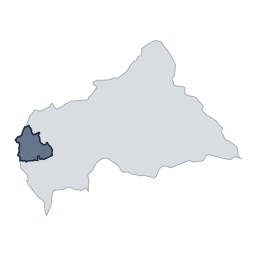 Central African Republic, with Nana-Mambéré highlighted
{"feature_id": "CAF-804", "entity_name": "Nana-Mambéré", "entity_type": "Prefecture", "adm_level": 1, "iso_a3": "CAF", "parent_name": "Central African Republic", "parent_adm1": "", "projection": "natural_earth1", "projection_center": [15.312, 5.849], "detail": "fine", "context": "in_parent", "style": "filled", "palette": "slate", "viewbox_px": 256, "rotation_deg": 0, "n_neighbors": 0, "source": "natural_earth", "source_scale": "10m", "svg_char_len": 6238}
<svg xmlns="http://www.w3.org/2000/svg" viewBox="0 0 256 256"><path d="M182.2,86.7L184.8,87.5L185.2,88.4L184.5,91.4L185.0,93.2L186.5,94.8L187.9,95.4L189.3,95.8L194.2,96.8L196.2,97.9L198.9,101.3L202.2,104.5L203.1,106.1L202.9,107.7L201.9,109.5L202.1,110.3L203.6,112.1L205.4,114.0L208.6,116.1L214.2,119.4L216.8,121.6L217.7,123.2L219.1,125.1L221.1,126.7L222.5,128.0L221.6,131.6L221.8,132.8L222.3,133.8L223.5,135.2L224.0,137.1L225.2,139.3L226.5,140.4L228.8,140.8L230.1,141.8L232.6,143.6L235.0,145.2L236.1,146.3L236.7,147.2L237.3,148.4L237.6,149.5L237.7,151.9L238.1,155.0L239.4,157.1L240.6,158.6L235.6,156.8L234.9,156.8L234.0,157.1L231.4,159.3L230.6,159.5L227.3,159.1L219.3,157.4L213.2,155.7L211.4,155.1L208.1,154.5L206.0,155.7L203.9,159.5L203.4,160.3L200.2,161.4L198.7,161.1L195.0,162.2L189.3,160.6L187.3,160.9L185.7,161.7L181.6,163.5L179.1,164.5L176.2,165.4L173.5,166.8L171.7,167.5L169.9,167.5L168.2,166.7L166.5,166.1L164.3,165.9L162.1,166.3L160.2,167.9L159.5,169.0L157.8,171.9L155.9,176.7L155.2,177.6L154.5,178.1L145.6,175.7L141.7,175.2L139.2,175.9L135.9,174.6L134.5,174.4L133.8,174.8L132.0,174.2L129.1,172.6L126.3,171.9L123.7,172.1L122.2,171.6L120.9,170.0L119.3,167.1L116.4,164.2L112.5,161.9L110.1,160.2L109.2,159.0L107.1,158.4L103.9,158.2L100.8,159.4L96.4,163.0L92.3,170.3L90.0,173.2L88.2,173.9L87.7,175.7L88.6,178.5L88.9,181.8L88.2,187.3L88.5,191.3L87.5,190.7L86.6,188.8L86.1,188.4L83.4,189.2L82.0,190.0L81.3,190.8L80.7,190.9L79.8,189.8L79.2,189.7L78.1,189.8L77.0,189.8L76.3,189.7L75.8,189.8L74.6,189.2L69.9,187.6L69.1,187.1L68.2,187.2L65.8,188.5L64.5,188.9L60.6,189.7L56.5,190.1L54.9,190.2L53.9,190.8L53.2,191.6L51.9,196.7L51.5,197.6L51.6,198.9L51.2,203.0L51.4,204.3L46.5,215.5L45.6,213.6L45.1,211.4L44.9,208.9L45.0,208.3L44.7,207.5L44.3,205.4L44.7,204.1L44.4,202.7L43.4,201.4L42.5,200.3L42.0,199.4L41.6,199.0L40.7,198.8L39.4,198.3L33.9,191.7L28.2,184.3L27.0,181.9L26.6,180.5L28.0,180.4L28.3,180.1L28.3,179.5L27.5,177.6L27.1,175.1L26.3,173.7L24.1,171.4L22.0,169.7L21.3,168.8L20.9,167.5L20.1,159.5L19.7,157.2L19.1,156.2L18.6,155.7L18.4,155.2L18.5,153.7L18.8,152.5L18.8,152.0L19.3,150.9L19.3,143.4L18.6,142.4L17.4,142.4L16.7,141.3L16.1,140.0L16.3,139.0L17.5,137.5L18.3,136.9L20.8,135.7L21.5,135.1L21.9,134.4L22.2,133.4L23.6,129.6L25.7,125.8L26.6,125.0L28.7,119.4L29.2,118.0L29.5,116.5L30.2,115.4L32.5,113.5L34.3,110.2L36.2,110.3L38.1,110.9L40.6,111.1L42.5,110.5L43.8,109.2L49.8,107.0L50.2,105.2L51.2,104.2L52.3,103.4L52.7,103.3L52.8,103.9L53.4,105.8L54.8,107.6L56.8,109.6L57.4,109.5L58.6,108.0L61.8,107.0L62.6,106.6L64.8,104.4L67.5,102.9L69.0,102.4L71.7,100.9L73.7,101.1L76.8,100.9L81.9,100.2L85.7,100.0L87.5,99.7L88.0,99.4L88.7,97.2L89.3,96.6L90.7,95.7L93.4,92.5L95.2,89.8L95.8,88.8L96.2,88.6L96.9,87.4L96.2,86.3L93.1,83.8L93.1,83.5L92.9,83.1L93.1,82.8L94.3,81.8L95.9,80.6L97.5,80.2L101.9,80.3L105.7,80.1L106.6,80.1L109.5,79.6L111.5,79.0L113.5,77.9L118.2,78.0L122.1,75.0L123.2,74.5L123.7,74.0L123.8,73.6L125.6,72.4L127.6,70.0L129.2,67.8L129.7,66.2L134.0,61.0L135.6,61.1L136.3,60.4L138.0,56.9L138.6,56.3L140.4,55.7L141.2,54.7L142.0,53.1L141.9,51.2L141.6,49.7L141.6,48.9L142.0,48.3L142.7,47.6L146.0,45.7L146.9,44.8L147.4,44.0L148.3,43.8L149.3,43.9L150.0,43.4L150.7,42.5L153.0,41.4L155.1,40.5L157.4,40.9L161.4,42.0L162.7,44.5L163.3,45.4L168.3,51.3L169.3,52.7L171.8,57.0L173.4,59.9L175.1,64.0L175.3,66.3L175.1,68.2L174.8,73.7L174.3,75.3L172.2,78.2L172.1,79.6L172.5,80.7L173.2,81.1L173.6,81.7L173.4,84.2L174.2,85.2L175.8,85.9L180.0,86.4L182.2,86.7Z" fill="#d9dde1" stroke="#a8b0b8" stroke-width="1"/><path d="M18.6,136.9L21.1,135.6L21.4,135.3L22.0,134.3L22.2,134.0L22.2,133.8L22.2,133.5L22.2,133.1L22.2,132.8L22.6,132.2L24.6,127.0L24.9,127.0L25.3,127.0L25.8,127.0L26.0,127.0L26.1,126.9L27.4,126.2L29.0,125.6L29.2,125.9L29.2,126.2L29.2,126.7L29.2,126.8L29.4,127.0L30.4,128.0L30.9,128.6L31.2,129.1L31.3,129.5L31.4,129.8L31.5,130.7L31.5,131.2L31.5,131.5L31.6,131.9L31.7,132.2L31.7,132.3L31.8,132.4L32.0,132.6L32.0,132.8L32.0,133.1L32.5,133.8L32.9,134.4L33.3,134.7L33.6,134.6L33.9,134.3L34.3,134.2L34.8,134.4L35.0,134.4L35.3,134.5L35.5,134.2L35.8,134.0L36.9,133.3L38.1,133.0L38.3,132.8L38.6,132.6L38.8,132.4L39.1,132.4L39.4,132.6L39.5,133.0L39.5,133.4L39.3,133.7L38.4,134.7L38.2,135.0L38.2,135.4L38.5,135.8L39.0,136.6L39.4,137.1L39.6,137.7L39.7,138.1L39.7,139.9L39.8,140.3L40.0,140.7L40.0,140.9L40.0,141.7L40.1,142.0L41.0,143.0L41.5,143.3L42.0,143.5L42.4,143.9L43.0,144.5L43.3,144.8L43.7,144.8L44.0,144.8L44.4,144.9L44.7,144.9L45.1,144.8L45.4,144.6L45.7,144.4L46.0,144.1L46.2,143.8L46.5,142.8L46.6,142.6L46.8,142.5L47.1,142.5L47.4,142.6L47.6,142.8L47.7,143.2L47.8,143.6L47.9,143.9L48.2,144.4L48.7,145.1L50.0,146.1L50.8,146.9L51.1,147.3L51.5,148.2L51.8,148.8L52.2,149.4L52.2,150.4L51.9,152.5L51.9,153.0L51.9,153.4L52.1,154.0L52.4,155.3L44.3,159.1L43.7,159.3L43.3,159.4L42.9,159.4L42.7,159.2L42.3,158.7L42.2,158.6L41.9,158.6L41.4,158.9L40.4,159.3L40.1,159.2L39.9,159.1L39.6,158.5L39.5,158.4L39.5,158.2L39.5,157.9L39.6,157.7L39.5,157.4L39.3,156.9L39.2,156.7L39.3,156.2L39.2,156.1L38.4,156.1L38.2,156.1L38.1,156.3L38.1,156.6L37.6,157.3L37.5,157.6L37.6,157.8L37.7,158.2L37.9,160.4L36.5,160.4L36.4,160.4L36.2,160.3L35.6,160.3L34.9,159.9L34.7,159.8L34.6,159.7L34.5,159.8L34.3,159.8L33.2,160.7L33.1,160.8L32.5,160.8L32.3,160.8L31.9,160.5L31.7,160.5L31.4,160.6L31.2,160.7L28.4,160.8L27.9,160.8L27.4,161.0L26.7,161.7L26.4,161.9L26.2,161.9L25.9,161.6L25.2,160.8L25.0,160.7L24.8,160.6L24.6,160.7L24.0,160.9L23.6,160.9L23.3,160.9L21.7,160.6L20.3,160.5L20.1,160.6L20.2,159.7L20.1,159.0L20.1,157.9L20.1,157.5L19.9,157.0L19.7,156.6L19.5,156.3L19.1,156.1L18.4,155.8L18.0,155.5L17.7,155.2L17.8,154.9L18.0,154.7L18.1,154.4L18.2,154.0L18.3,153.7L18.5,153.4L18.7,153.0L18.7,152.9L18.9,152.8L19.0,152.5L19.0,152.0L19.0,151.6L19.3,151.1L19.3,150.9L19.4,150.3L19.3,150.0L19.2,149.7L19.0,149.2L18.9,148.9L18.9,148.6L18.9,148.3L19.2,147.4L19.5,146.3L19.6,146.0L19.5,145.6L19.3,143.4L19.1,143.1L19.0,142.7L18.8,142.3L18.6,142.3L18.1,142.6L17.8,142.6L17.3,142.5L17.0,142.5L16.7,142.3L16.6,142.0L16.5,141.7L16.4,141.3L16.1,141.0L15.9,140.8L15.7,140.5L15.5,140.3L15.4,140.1L15.4,139.8L15.5,139.7L15.8,139.8L16.0,139.7L16.1,139.4L16.1,139.1L16.3,138.7L16.7,138.3L17.0,138.2L17.5,137.6L17.8,137.2L17.9,136.9L18.6,136.9Z" fill="#64748b" stroke="#1e293b" stroke-width="1.5"/></svg>